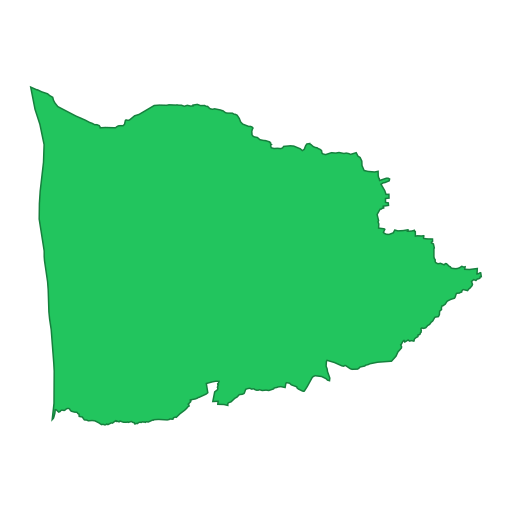 the district of Kota Mataram, Nusa Tenggara Barat, Indonesia
{"feature_id": "22746128B34810169298981", "entity_name": "Kota Mataram", "entity_type": "district", "adm_level": 2, "iso_a3": "IDN", "parent_name": "Indonesia", "parent_adm1": "Nusa Tenggara Barat", "projection": "albers", "projection_center": [116.126, -8.589], "detail": "fine", "context": "isolated", "style": "filled", "palette": "green", "viewbox_px": 512, "rotation_deg": 0, "n_neighbors": 0, "source": "geoboundaries", "source_scale": "gbopen_adm2", "svg_char_len": 6056}
<svg xmlns="http://www.w3.org/2000/svg" viewBox="0 0 512 512"><path d="M52.2,419.6L53.4,418.3L53.9,416.9L54.9,413.1L55.2,409.7L56.0,409.7L56.6,410.1L58.7,412.1L60.1,411.5L60.5,410.8L61.5,410.2L63.1,410.2L64.0,410.5L64.8,410.2L66.6,408.7L68.1,408.4L69.2,408.6L70.0,409.5L70.3,410.3L71.3,411.2L74.5,412.1L77.0,412.3L77.9,413.6L79.0,414.1L79.2,416.4L82.3,417.0L84.2,419.7L84.9,420.0L86.5,420.0L88.3,420.8L92.1,420.5L94.8,420.8L98.8,422.8L101.5,424.6L103.0,424.3L104.9,424.9L105.8,424.7L106.7,424.0L107.9,424.6L111.3,422.9L112.5,423.1L115.8,420.6L116.5,420.8L116.2,422.1L116.5,421.1L118.9,421.8L119.5,421.7L120.0,421.0L123.3,422.2L126.1,422.3L127.7,422.0L128.2,422.4L131.3,421.5L133.1,422.5L134.4,422.7L134.6,423.8L134.9,424.0L136.6,423.4L137.4,423.6L138.6,422.6L139.5,422.3L140.2,422.2L141.1,422.5L142.4,421.8L143.3,422.1L144.1,421.9L145.3,422.4L146.3,421.7L148.3,422.0L152.5,420.1L153.6,420.1L153.9,419.7L158.5,419.4L167.2,419.9L169.2,419.5L169.8,419.0L172.9,419.2L173.5,417.7L175.5,417.1L176.3,417.3L179.9,413.8L184.8,410.1L186.8,408.2L187.5,407.1L189.1,406.0L188.7,404.5L188.2,404.1L190.6,401.8L190.9,400.7L190.3,400.7L190.3,399.9L195.4,398.9L197.4,398.1L198.2,397.5L199.1,397.3L206.1,394.1L207.8,392.7L206.3,383.5L212.6,381.8L216.0,381.2L219.0,381.4L218.2,383.7L217.7,383.8L217.8,384.8L218.3,385.0L217.4,387.3L217.9,388.1L217.5,389.7L214.7,391.9L212.8,401.5L218.1,401.3L217.8,404.3L224.0,404.5L227.8,405.4L227.8,403.5L228.6,402.7L231.1,401.8L234.8,398.3L237.1,397.0L239.3,394.6L242.1,394.3L243.7,393.7L244.3,393.1L245.7,389.3L247.3,388.7L249.2,388.3L250.0,388.3L251.5,389.1L253.8,388.8L255.1,389.7L256.6,390.2L258.1,390.2L259.6,389.7L262.2,390.5L266.1,390.1L268.8,390.5L273.6,388.9L274.3,387.9L276.7,387.5L278.2,386.9L280.8,386.6L285.1,387.5L285.8,383.7L286.4,382.7L286.8,382.7L289.6,383.2L291.3,384.8L296.7,386.8L297.2,388.1L298.5,389.1L302.4,391.0L303.7,391.3L304.3,391.1L307.2,386.6L312.2,377.5L313.3,376.5L315.1,375.7L321.6,376.5L326.1,378.7L327.5,380.1L329.5,380.7L329.8,378.1L327.5,371.6L327.1,368.8L326.1,366.2L326.4,361.5L327.0,360.3L334.4,362.5L342.0,365.9L343.7,366.2L344.9,365.5L345.7,365.6L350.4,368.8L352.1,369.3L357.5,369.1L358.6,368.5L360.1,367.0L364.8,366.0L365.6,365.2L368.4,364.5L369.7,363.8L377.7,362.2L391.5,361.2L396.0,356.2L397.9,352.0L401.4,348.0L401.6,346.8L400.7,344.8L401.4,344.2L402.5,342.0L403.4,340.9L404.0,340.4L404.2,340.6L404.8,342.0L408.1,340.0L409.5,341.1L411.6,340.6L413.6,341.1L414.1,340.9L414.1,340.0L414.7,338.7L415.9,337.7L417.8,336.7L418.1,335.9L417.9,335.2L418.2,334.8L419.6,334.6L420.0,334.2L420.4,332.8L421.0,332.4L421.3,330.5L420.9,328.9L421.3,328.3L421.8,328.0L423.5,328.4L425.7,327.8L427.7,325.5L429.6,324.4L431.1,322.3L432.7,321.0L434.7,317.5L435.3,317.1L438.4,316.6L439.4,314.6L439.6,311.2L441.5,309.6L441.4,307.7L442.1,305.8L442.9,305.8L445.2,304.2L447.0,301.4L447.9,300.8L450.7,299.4L454.5,298.2L455.3,296.8L456.0,294.3L456.7,293.3L459.6,293.0L459.9,292.6L461.7,292.0L461.9,290.8L462.5,290.0L463.4,289.6L467.6,290.6L468.8,288.9L469.9,288.2L472.0,285.7L472.5,284.3L471.5,281.5L473.7,279.6L475.9,280.5L477.4,278.9L478.7,278.8L480.0,278.0L480.2,276.9L481.3,276.7L480.7,272.8L480.2,272.7L478.4,273.7L477.0,273.9L477.3,268.5L469.5,269.5L464.7,269.3L465.1,266.8L463.8,267.1L461.8,266.3L459.5,267.8L457.4,268.5L455.5,268.7L452.0,268.3L451.2,268.0L450.2,266.7L449.4,266.5L446.5,263.7L445.4,263.6L444.1,264.8L440.4,263.3L438.5,263.7L437.4,263.6L435.6,262.5L435.1,261.4L435.2,259.8L434.2,258.3L433.9,256.4L433.9,248.7L434.3,248.0L433.4,243.9L431.5,243.0L431.5,242.1L432.6,241.3L432.5,239.0L427.0,238.9L423.6,238.4L423.5,237.6L423.9,235.9L423.6,235.7L421.8,236.0L417.4,235.8L415.4,236.1L415.3,231.5L414.5,231.4L414.3,230.3L412.0,231.0L408.5,231.3L407.5,231.2L408.2,230.0L407.9,229.8L403.1,230.6L397.9,230.9L394.8,230.0L393.3,232.8L389.2,234.4L387.9,234.4L386.0,234.2L384.2,233.2L383.4,232.4L384.8,229.3L384.1,228.8L378.6,228.1L378.8,223.9L378.1,222.2L378.1,221.5L378.6,220.7L377.1,214.5L380.1,209.2L381.5,209.0L382.1,208.3L383.7,208.0L383.7,207.6L383.3,207.4L383.2,206.2L388.5,205.4L388.3,202.9L385.5,202.4L385.5,198.5L389.0,198.1L388.9,194.3L386.0,194.4L384.8,190.8L381.0,184.2L383.3,182.8L384.9,182.6L389.2,180.8L389.6,179.0L388.1,178.2L386.4,178.2L379.6,180.5L379.2,178.5L378.6,177.7L378.2,175.6L378.1,171.3L374.7,172.0L367.8,171.4L364.1,170.5L362.0,165.6L361.8,161.1L360.1,157.5L357.9,156.1L356.2,152.7L350.5,154.4L348.8,153.6L346.3,153.1L343.9,153.5L339.0,152.5L335.7,153.1L331.5,152.7L325.6,154.6L323.1,154.0L322.0,153.2L321.5,150.5L319.8,149.2L318.4,148.7L317.1,147.8L315.0,147.4L313.0,146.4L311.0,144.6L309.9,144.1L309.8,143.5L306.8,144.0L305.6,145.8L304.2,149.4L302.3,150.6L300.3,148.8L293.8,146.1L290.4,145.8L283.7,146.4L282.5,148.0L280.7,148.6L277.6,148.3L274.0,148.5L271.3,147.8L270.7,146.2L270.7,145.0L271.3,144.6L270.9,144.4L270.6,142.9L269.7,142.5L269.7,141.9L265.5,140.6L263.2,140.4L259.9,139.7L257.4,137.5L254.4,136.9L253.1,136.3L251.8,134.4L252.0,133.1L251.7,132.0L252.3,129.3L252.9,128.4L252.8,127.7L252.0,127.0L250.5,126.4L248.6,126.4L242.7,124.1L240.6,121.9L239.3,118.5L237.1,115.2L235.2,114.3L233.9,114.2L232.5,113.2L227.0,113.1L225.9,112.8L225.2,112.5L222.7,110.6L221.8,110.7L221.0,110.1L214.6,108.8L212.5,109.3L210.4,108.8L209.6,108.4L207.6,106.4L206.0,106.3L204.6,105.5L200.5,105.6L197.3,104.4L193.0,105.1L193.2,105.8L190.7,106.1L187.3,105.3L184.3,106.3L181.4,105.2L178.7,105.2L177.0,104.9L175.8,105.1L169.0,104.8L166.7,105.3L159.5,105.1L154.2,105.5L139.1,114.4L134.6,115.8L129.5,120.0L128.6,120.3L126.7,120.2L126.1,119.9L125.4,120.4L124.5,124.3L123.1,125.7L119.8,125.7L118.3,125.9L116.7,126.8L115.5,127.8L105.3,127.5L100.2,127.8L100.2,127.2L99.2,125.6L96.9,124.7L94.6,124.7L92.3,123.4L89.5,122.4L85.2,120.1L76.0,116.1L57.8,106.6L54.8,102.8L53.5,100.3L52.7,97.3L49.7,95.6L47.6,93.8L41.6,91.8L37.5,89.8L37.2,90.0L30.7,87.1L35.0,109.2L39.9,124.3L44.1,144.6L43.5,162.3L40.2,191.1L39.4,203.5L39.2,219.1L44.2,251.0L44.2,256.5L44.5,260.6L47.6,281.8L48.2,289.9L48.9,311.9L49.6,319.0L51.2,329.6L53.8,363.5L54.2,371.1L54.0,403.4L52.2,419.6Z" fill="#22c55e" stroke="#15803d" stroke-width="1.5"/></svg>